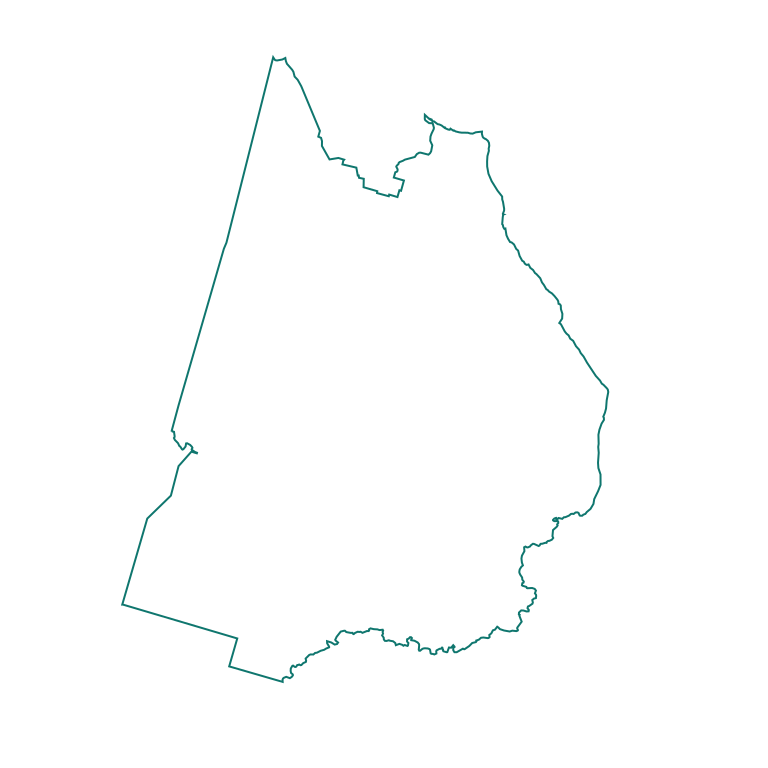 outline of Wyndham, Victoria, Australia, rotated 278°
{"feature_id": "25037944B15313699759774", "entity_name": "Wyndham", "entity_type": "district", "adm_level": 2, "iso_a3": "AUS", "parent_name": "Australia", "parent_adm1": "Victoria", "projection": "mercator", "projection_center": [144.582, -37.893], "detail": "fine", "context": "isolated", "style": "outline", "palette": "teal", "viewbox_px": 768, "rotation_deg": 278, "n_neighbors": 0, "source": "geoboundaries", "source_scale": "gbopen_adm2", "svg_char_len": 6128}
<svg xmlns="http://www.w3.org/2000/svg" viewBox="0 0 768 768"><g transform="rotate(278 384 384)"><path d="M692.1,228.8L502.0,208.3L495.6,206.6L334.0,183.5L308.2,180.3L308.1,180.9L307.5,181.2L307.4,182.7L303.3,183.9L302.4,184.0L301.3,183.5L299.5,184.7L296.7,188.3L294.2,189.9L293.7,190.9L291.2,193.1L291.0,193.6L291.5,194.4L294.5,196.2L297.6,196.3L297.9,197.3L296.7,200.5L295.1,202.5L294.1,203.2L292.6,202.6L292.1,202.9L290.4,206.2L289.9,208.4L289.3,208.3L290.2,202.7L274.1,192.0L243.8,188.5L217.8,168.3L129.1,155.5L129.2,156.3L111.6,274.1L82.8,270.0L74.9,325.1L77.1,324.7L78.3,325.0L79.1,325.7L80.4,327.9L79.6,331.7L81.0,333.3L82.7,334.3L83.7,334.1L84.9,332.2L86.8,331.5L89.3,331.3L92.0,332.4L92.5,333.1L91.5,334.9L91.5,335.9L92.0,336.5L93.6,337.2L93.9,338.3L94.4,339.0L93.9,340.4L94.2,341.3L96.4,342.9L97.9,345.3L99.1,345.4L101.2,344.6L105.3,347.7L106.0,349.0L106.3,351.7L108.1,353.2L108.6,355.0L111.0,358.4L112.5,361.8L113.9,363.4L115.6,366.3L116.3,366.2L119.3,363.8L121.4,363.4L120.7,367.8L119.1,371.4L120.0,373.7L121.6,374.5L123.2,371.8L123.9,371.3L127.1,372.3L132.8,375.6L134.1,378.8L134.2,379.7L133.1,381.2L132.9,385.6L133.2,387.4L132.1,388.4L132.1,388.8L133.4,389.9L135.0,392.4L135.0,394.0L135.4,395.3L134.6,397.3L137.0,401.5L137.2,403.2L137.9,403.6L139.0,403.3L140.1,404.6L139.8,408.1L140.1,411.6L139.7,413.8L140.5,416.9L139.6,417.5L138.3,417.1L136.7,417.8L134.8,417.1L132.8,419.0L131.0,419.4L129.8,420.6L129.9,422.2L130.9,424.5L130.6,425.5L130.5,428.8L129.1,431.2L127.0,432.1L128.8,435.4L128.2,438.6L127.5,439.6L128.4,440.8L127.9,443.7L128.3,444.1L130.9,444.2L132.2,442.7L134.4,442.4L135.3,443.9L136.9,445.0L137.0,446.1L136.3,447.0L135.0,446.5L134.1,446.6L134.0,449.9L132.7,453.4L131.4,454.8L130.3,455.2L125.7,455.4L124.8,456.0L124.9,456.9L127.1,458.9L127.6,459.9L128.0,461.2L128.2,464.2L127.8,466.0L127.2,466.6L123.8,467.7L123.4,468.4L123.5,470.0L123.2,471.5L124.4,473.4L126.7,472.9L127.6,473.2L129.5,475.9L129.8,477.3L131.1,478.2L131.0,478.5L129.9,478.7L129.4,479.4L128.6,479.4L127.6,480.0L127.1,483.3L127.3,484.0L132.1,485.0L132.2,487.2L135.0,488.9L133.7,490.4L133.2,490.4L132.6,489.4L132.0,489.3L129.9,489.7L128.2,491.1L128.5,493.3L132.9,499.0L132.5,500.2L132.6,500.7L136.4,504.9L139.8,507.4L141.2,510.9L142.2,511.4L142.8,511.1L144.0,513.5L146.2,515.4L146.8,517.7L146.8,522.2L147.1,523.0L148.1,523.8L150.1,523.2L152.0,525.0L155.2,526.1L156.2,528.1L159.4,529.9L158.8,531.1L157.4,532.9L156.6,537.2L156.4,542.9L157.6,545.4L157.7,549.4L158.3,550.6L158.9,550.9L160.5,549.9L161.3,549.9L167.8,553.4L173.4,550.3L174.3,550.5L174.7,549.6L176.5,549.5L178.9,551.4L179.1,553.7L178.6,556.7L179.0,558.8L180.3,558.9L182.0,557.3L183.7,557.5L184.4,558.7L187.1,561.6L188.4,561.8L190.7,560.9L192.4,562.4L193.1,564.2L195.2,564.2L196.4,563.9L197.7,562.6L200.6,563.2L202.1,561.7L202.6,559.1L201.7,554.3L201.9,553.8L202.9,553.2L203.5,549.2L203.9,548.6L206.0,548.7L206.7,549.8L207.8,549.9L209.5,548.2L211.6,547.7L214.2,545.4L216.0,544.3L217.3,544.1L219.3,544.2L222.0,545.4L223.7,546.8L226.4,545.4L230.3,544.4L233.2,544.5L238.0,546.3L241.8,545.5L242.7,546.7L242.1,548.4L242.2,549.2L243.5,551.3L244.5,551.7L246.5,553.7L246.5,554.9L245.1,559.7L245.7,560.5L247.5,561.3L247.9,563.1L249.2,565.8L249.3,567.0L250.3,567.2L251.4,568.3L251.7,569.6L253.2,571.9L255.1,573.0L256.7,572.0L262.9,571.7L266.6,574.9L268.1,575.6L269.1,575.0L270.6,575.9L271.8,575.7L273.3,574.4L272.5,574.9L272.2,574.1L271.9,571.7L272.5,570.4L273.0,570.3L274.5,571.4L275.4,573.1L274.9,573.7L274.0,573.5L273.7,574.1L275.6,575.6L275.3,579.3L277.0,580.6L277.4,582.2L279.4,585.5L281.3,587.2L281.7,588.4L281.7,589.9L283.4,591.5L283.8,593.2L283.5,594.5L281.0,596.1L280.9,597.1L281.2,598.7L282.3,599.5L283.4,601.5L285.4,602.6L289.1,605.9L294.4,608.1L299.3,608.2L307.6,610.9L314.2,612.5L324.5,611.0L330.6,608.0L335.8,606.9L345.8,606.2L351.5,604.9L354.6,604.9L363.6,603.4L368.8,603.7L375.1,605.0L379.1,606.8L381.2,606.4L382.1,605.7L386.4,606.8L390.7,607.3L398.9,606.8L407.3,607.2L409.6,606.4L410.6,605.5L413.8,601.4L414.7,599.6L417.4,597.5L421.5,592.6L433.5,582.0L439.0,577.8L442.0,574.5L445.2,572.4L448.1,568.9L453.1,565.3L454.8,562.1L457.8,560.1L459.3,557.7L461.2,555.7L467.8,550.9L468.8,549.1L473.6,551.3L478.3,550.9L482.7,548.8L486.4,548.1L487.5,547.0L487.7,545.7L490.2,545.0L491.5,544.1L494.9,540.5L497.1,537.7L498.5,534.6L500.0,532.8L500.4,531.6L504.3,528.6L506.6,526.3L510.5,524.0L514.1,519.6L514.9,518.1L517.6,515.8L519.4,512.7L522.5,510.5L521.8,508.9L522.0,508.1L522.8,506.7L524.6,505.4L525.3,503.7L529.6,500.5L534.8,498.2L536.2,496.1L540.3,493.3L542.0,490.6L542.1,489.1L545.0,486.7L548.3,484.6L554.7,482.6L554.2,482.0L554.4,481.5L556.0,480.3L558.1,479.5L558.7,478.8L565.5,478.4L568.2,478.4L568.5,478.9L568.6,478.2L569.0,478.0L572.4,478.8L574.2,478.6L580.9,476.5L583.2,475.4L586.1,474.9L591.3,469.5L599.8,462.4L606.7,458.2L613.7,455.9L618.9,455.1L624.1,454.7L629.5,455.4L631.6,454.9L634.5,455.1L637.4,454.4L639.3,453.0L640.9,450.4L640.9,449.7L641.8,448.0L642.6,447.3L645.4,446.1L647.6,445.9L646.0,439.8L644.3,437.0L644.1,434.6L644.5,432.0L643.7,426.0L643.7,423.5L644.1,419.7L644.9,417.9L644.5,417.4L646.1,414.3L644.9,413.7L644.9,412.2L645.8,409.0L646.5,408.8L646.6,408.2L646.3,408.0L648.0,405.1L648.7,402.8L648.8,400.9L651.0,397.0L651.0,395.8L650.5,395.6L652.5,394.4L652.7,393.6L652.0,393.9L652.6,392.2L656.2,387.0L652.1,387.5L650.9,388.2L648.6,392.4L648.9,394.9L648.6,396.1L644.6,397.8L643.1,397.7L638.5,396.2L635.5,395.6L631.3,395.9L627.1,398.6L621.0,398.3L619.0,397.5L617.3,396.1L618.2,388.0L617.9,386.6L616.2,384.5L613.1,382.9L609.1,373.5L607.7,371.7L605.9,368.5L605.0,367.8L603.8,367.7L601.9,366.2L600.9,365.9L598.5,367.6L597.0,367.7L596.1,367.3L595.2,365.7L589.8,365.0L588.3,375.4L577.7,374.0L578.0,372.3L571.0,371.3L572.3,362.8L570.6,362.6L572.1,350.5L574.0,350.5L576.0,336.4L584.4,335.4L584.7,330.6L587.0,329.9L586.8,329.0L594.4,326.5L595.7,312.3L599.4,312.6L600.6,313.3L601.5,307.4L598.8,298.8L611.1,289.4L615.9,288.8L619.0,287.4L619.8,284.5L625.7,285.3L667.4,260.6L673.2,256.2L676.0,252.7L680.6,250.8L682.4,249.3L687.6,243.3L690.1,241.9L693.1,240.9L691.2,238.2L689.5,233.1L689.5,231.6L689.8,230.8L692.1,228.8Z" fill="none" stroke="#0f766e" stroke-width="2"/></g></svg>